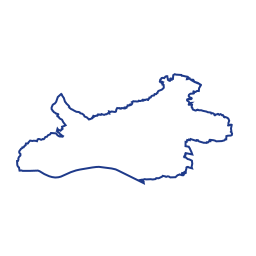 outline of Kota Bogor, Jawa Barat, Indonesia, rotated 100°
{"feature_id": "22746128B63896883204987", "entity_name": "Kota Bogor", "entity_type": "district", "adm_level": 2, "iso_a3": "IDN", "parent_name": "Indonesia", "parent_adm1": "Jawa Barat", "projection": "robinson", "projection_center": [106.783, -6.595], "detail": "fine", "context": "isolated", "style": "outline", "palette": "blue", "viewbox_px": 256, "rotation_deg": 100, "n_neighbors": 0, "source": "geoboundaries", "source_scale": "gbopen_adm2", "svg_char_len": 5759}
<svg xmlns="http://www.w3.org/2000/svg" viewBox="0 0 256 256"><g transform="rotate(100 128 128)"><path d="M114.0,25.5L113.8,26.0L113.1,25.7L110.6,26.5L106.9,26.4L106.8,26.6L106.9,27.5L108.0,29.2L108.0,29.8L106.8,29.7L105.7,30.0L103.3,29.6L101.5,30.7L100.8,31.7L100.4,33.4L100.3,34.4L100.7,34.7L100.6,35.3L99.8,35.7L99.3,36.6L98.8,36.9L99.1,37.7L98.6,38.3L98.3,39.4L99.2,40.4L98.5,41.6L98.5,41.9L99.2,42.8L99.3,43.6L100.4,44.6L100.2,45.1L99.5,45.3L99.1,46.0L98.7,47.1L98.9,48.2L99.2,48.5L98.4,49.2L98.6,52.4L98.2,53.4L98.1,56.9L97.8,59.1L98.2,61.0L97.9,62.4L98.2,62.5L98.3,63.5L98.9,64.0L99.1,64.7L98.5,67.4L96.9,68.2L96.8,68.7L96.2,69.0L94.0,69.0L94.5,72.2L94.3,72.3L93.7,72.2L93.1,71.6L93.4,71.2L92.3,70.1L92.7,71.8L91.2,73.0L90.9,74.2L90.3,74.7L89.6,74.7L88.9,73.6L88.8,71.7L88.6,70.9L88.0,70.4L87.4,70.7L87.0,72.7L86.3,73.6L85.9,73.8L84.7,73.7L83.4,72.5L82.7,69.5L82.4,69.1L82.2,69.1L81.2,69.9L80.6,69.8L80.8,67.8L79.5,66.4L79.3,64.7L76.4,64.9L73.0,63.6L72.8,63.7L72.7,64.8L72.2,65.1L71.9,66.8L71.7,66.8L71.7,67.4L71.4,67.4L71.3,68.0L71.6,68.0L71.4,69.1L71.2,69.0L70.9,70.7L69.2,72.1L69.3,73.5L69.6,73.6L70.1,73.2L69.8,74.0L69.0,75.6L68.4,75.9L68.7,77.2L69.4,77.5L69.7,78.5L69.2,78.5L67.7,77.4L67.2,78.1L67.2,80.7L67.0,83.6L67.2,83.8L67.2,84.2L66.5,84.7L67.1,90.0L66.9,91.3L68.1,92.6L71.8,92.3L71.8,93.6L72.4,93.2L72.8,93.3L72.2,94.5L72.3,94.9L73.6,94.6L74.3,94.9L74.3,95.6L73.6,97.1L72.5,97.3L71.6,97.9L70.2,98.3L70.3,99.1L70.8,100.0L72.6,101.0L72.5,102.3L73.0,103.6L73.8,103.8L74.7,104.6L76.8,104.7L77.1,104.3L76.5,103.7L76.4,103.1L76.8,101.5L77.1,101.7L77.2,102.4L77.6,102.2L78.0,102.4L78.4,101.5L78.8,101.6L79.0,101.2L79.3,101.3L79.4,100.4L81.8,99.8L82.5,99.9L84.4,101.4L86.2,104.4L87.0,104.9L88.3,105.0L88.7,105.7L89.6,106.0L89.9,106.4L90.0,107.7L91.5,108.1L91.9,109.6L92.5,110.4L93.9,110.9L94.3,112.2L95.2,112.1L95.6,112.4L95.8,112.9L96.9,113.1L96.9,113.4L96.5,113.6L96.7,115.0L97.4,115.8L97.4,116.7L98.2,117.3L98.6,118.1L98.4,118.4L97.8,118.1L97.6,118.3L98.7,119.4L99.3,120.5L99.4,121.4L99.2,122.0L100.0,122.6L100.4,123.9L100.4,125.0L100.7,126.2L100.7,127.4L101.7,128.5L101.9,128.1L103.3,128.1L104.5,128.7L104.7,129.2L104.3,129.8L104.6,130.2L105.0,129.7L105.3,130.0L106.0,131.9L105.9,132.3L107.1,132.4L107.6,133.2L108.4,133.1L108.6,133.8L108.5,134.4L108.9,134.5L109.1,134.2L109.3,134.4L108.7,135.3L109.4,135.8L109.4,137.5L109.7,138.2L110.2,138.3L110.3,138.8L110.3,139.3L109.9,139.7L109.9,140.3L110.3,141.3L110.2,142.1L111.8,142.7L113.7,142.7L114.2,143.0L114.5,144.0L114.6,147.0L115.2,147.9L115.0,149.6L117.0,148.9L116.9,150.3L118.2,151.5L118.4,152.6L119.1,153.5L119.2,154.4L118.9,156.6L119.8,157.0L119.7,158.6L120.0,158.9L119.8,159.8L121.2,160.3L121.3,160.8L121.2,161.3L121.8,161.9L122.1,163.1L122.0,164.2L122.6,164.4L123.1,163.7L123.4,164.0L123.2,164.6L123.7,164.9L123.9,164.6L124.6,164.8L124.7,165.2L125.8,166.7L125.9,167.8L126.3,168.0L124.7,170.4L124.2,172.8L122.8,173.8L121.9,175.6L121.8,177.5L121.0,178.3L121.0,178.7L120.8,179.3L121.0,181.7L119.9,185.1L119.5,185.8L119.4,186.9L118.3,189.1L117.7,189.3L117.5,189.8L117.0,189.7L116.4,190.2L114.5,193.1L113.7,193.7L113.1,194.6L109.6,196.4L107.4,198.6L106.5,199.0L106.1,199.7L109.7,202.5L114.7,203.3L116.6,204.3L117.5,205.5L118.4,206.2L121.1,206.8L122.7,206.5L123.6,205.5L124.1,205.3L124.5,204.4L125.2,203.9L125.9,201.8L126.3,201.5L126.4,199.4L126.6,199.1L128.4,199.8L128.7,199.6L128.9,199.3L128.7,198.8L129.2,198.1L130.4,197.1L131.3,194.4L133.6,192.7L136.1,189.9L137.1,191.2L138.2,193.2L139.6,192.6L140.3,193.0L140.5,192.5L142.4,194.0L141.6,196.7L141.0,197.3L142.0,197.4L142.3,197.2L143.3,197.5L143.5,196.5L144.1,196.5L144.9,194.7L146.1,193.6L146.2,192.8L146.7,192.2L147.3,190.6L147.9,190.9L148.2,194.1L147.4,196.2L146.3,197.3L145.8,198.2L146.3,203.0L147.8,203.6L149.1,205.6L150.7,206.3L151.2,207.8L153.1,208.6L153.7,209.1L153.7,210.2L154.5,211.0L154.7,211.6L154.3,213.0L154.4,214.3L154.9,215.0L156.8,215.3L156.7,216.9L156.9,218.7L157.4,219.9L157.4,222.2L159.6,223.6L160.5,223.8L160.8,224.3L160.9,225.7L161.9,226.0L162.8,225.8L164.0,227.0L165.1,227.4L165.4,228.6L166.1,228.6L167.0,229.7L169.7,231.0L170.6,231.0L171.4,230.6L172.3,229.4L173.8,229.2L175.6,230.4L177.0,230.7L178.1,230.4L179.6,230.7L179.8,231.5L183.7,230.6L185.1,229.7L185.8,228.5L188.8,227.4L188.3,225.5L188.5,224.4L187.4,217.9L185.6,209.3L185.9,207.6L187.9,202.4L189.2,197.2L189.5,194.2L189.4,191.1L188.6,188.0L187.5,185.6L181.4,176.6L178.8,171.8L177.3,168.2L173.1,156.4L171.9,152.5L171.3,149.8L170.7,137.2L170.9,133.0L171.6,130.3L179.6,102.9L178.8,103.2L178.1,103.3L177.8,104.1L178.0,104.7L177.3,105.6L177.0,106.7L176.4,105.1L176.3,103.9L175.6,103.1L175.5,102.7L175.4,100.8L174.5,96.9L174.4,94.7L173.5,92.0L172.5,91.5L172.2,89.3L171.8,88.5L169.9,85.9L169.1,85.5L169.2,82.8L169.5,82.0L168.7,80.5L168.7,79.3L169.3,77.8L168.2,72.7L165.9,71.0L165.2,69.6L164.8,69.3L165.1,66.7L165.0,65.5L164.5,65.1L163.8,66.6L163.2,67.0L162.9,66.9L162.7,64.1L162.2,63.3L161.7,63.4L161.5,64.7L161.2,64.4L161.1,63.6L159.0,63.6L158.0,63.4L156.7,63.6L156.4,63.4L156.0,62.6L155.9,62.1L156.3,61.1L156.6,57.9L155.3,58.6L152.0,58.5L149.1,59.4L148.3,62.0L148.2,63.9L147.0,65.9L147.0,67.1L146.5,67.0L146.4,67.7L145.3,67.4L144.7,66.8L144.3,67.0L143.9,66.7L143.2,67.1L142.7,66.9L142.9,60.1L140.6,61.4L137.6,63.5L137.3,63.6L136.2,64.8L135.9,64.9L135.9,68.2L131.6,68.9L131.5,67.8L129.5,67.6L129.5,66.3L128.8,66.0L129.2,64.9L128.0,64.5L128.8,58.7L128.0,58.4L127.9,57.4L127.9,57.0L128.5,56.8L128.9,55.4L129.4,50.7L129.1,49.5L129.1,48.3L128.3,47.8L128.6,47.3L128.4,46.8L127.4,46.1L126.8,45.4L126.6,43.7L125.9,45.6L125.5,45.5L125.4,45.1L125.2,41.6L125.4,39.8L125.8,38.8L124.6,33.4L123.4,30.9L122.8,30.4L122.3,30.3L122.1,29.3L118.9,29.7L118.2,28.2L117.6,25.5L117.0,24.6L115.6,24.5L115.1,24.7L114.4,25.5L114.0,25.5Z" fill="none" stroke="#1e3a8a" stroke-width="2"/></g></svg>